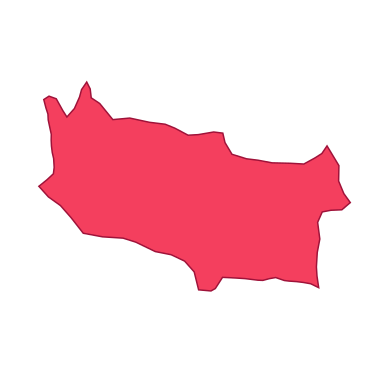 outline of Kato Dikomo, Cyprus, rotated 7°
{"feature_id": "46923920B88544101025022", "entity_name": "Kato Dikomo", "entity_type": "district", "adm_level": 2, "iso_a3": "CYP", "parent_name": "Cyprus", "parent_adm1": "", "projection": "equal_earth", "projection_center": [33.315, 35.258], "detail": "fine", "context": "isolated", "style": "filled", "palette": "rose", "viewbox_px": 384, "rotation_deg": 7, "n_neighbors": 0, "source": "geoboundaries", "source_scale": "gbopen_adm2", "svg_char_len": 1171}
<svg xmlns="http://www.w3.org/2000/svg" viewBox="0 0 384 384"><g transform="rotate(7 192 192)"><path d="M210.5,288.3L222.9,287.9L226.9,285.0L232.7,273.0L239.3,272.5L246.4,272.0L255.3,271.5L262.4,271.5L268.2,271.5L273.1,271.1L279.3,268.6L285.5,266.7L294.4,268.6L299.2,268.6L306.8,268.2L313.4,268.2L321.0,268.6L329.4,271.5L326.3,260.2L324.6,251.2L323.7,236.7L324.6,223.1L320.4,206.8L323.7,195.9L332.1,193.2L342.9,191.4L350.4,183.2L342.9,175.1L336.2,163.3L334.6,147.9L320.4,129.8L316.2,138.0L309.6,143.4L299.6,150.6L286.2,151.5L267.9,153.3L253.7,152.4L242.1,152.4L227.1,149.7L218.7,138.9L215.4,129.8L206.2,129.8L191.2,134.3L181.2,136.1L167.1,130.7L157.1,128.0L141.2,128.0L121.2,126.2L104.6,129.8L89.6,115.4L80.5,110.8L78.4,102.1L74.1,95.7L69.9,103.8L68.8,111.4L65.1,123.5L58.7,132.8L53.9,127.0L45.9,116.0L38.4,114.3L33.6,118.3L36.8,126.4L39.5,132.2L40.5,138.0L42.7,144.4L45.3,151.9L45.9,157.7L46.9,163.5L48.5,169.9L50.6,175.7L52.2,184.4L52.2,190.8L46.4,197.7L39.3,205.0L50.1,214.4L63.1,221.5L75.0,232.1L89.1,246.2L108.6,247.4L129.2,246.2L142.2,248.6L162.8,255.6L179.0,256.8L193.1,261.5L203.9,271.0L210.5,288.3Z" fill="#f43f5e" stroke="#9f1239" stroke-width="1.5"/></g></svg>